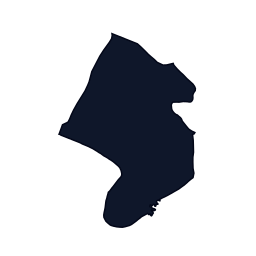 outline of Keo Oudom, Vientiane, Laos, rotated 229°
{"feature_id": "54806243B75308999712701", "entity_name": "Keo Oudom", "entity_type": "district", "adm_level": 2, "iso_a3": "LAO", "parent_name": "Laos", "parent_adm1": "Vientiane", "projection": "orthographic", "projection_center": [102.503, 18.574], "detail": "fine", "context": "isolated", "style": "filled", "palette": "ink", "viewbox_px": 256, "rotation_deg": 229, "n_neighbors": 0, "source": "geoboundaries", "source_scale": "gbopen_adm2", "svg_char_len": 3366}
<svg xmlns="http://www.w3.org/2000/svg" viewBox="0 0 256 256"><g transform="rotate(229 128 128)"><path d="M168.6,71.9L168.3,72.1L168.1,72.2L167.7,72.4L166.4,72.8L149.1,81.8L147.8,82.4L147.0,82.7L146.1,83.0L144.3,83.9L139.9,86.1L137.9,86.9L135.6,87.9L134.0,88.4L132.0,89.0L131.2,89.3L130.8,89.4L128.2,90.1L126.7,90.7L122.9,91.5L120.8,92.3L118.4,93.1L116.9,93.4L114.9,94.1L112.1,94.8L107.3,95.5L106.1,95.7L103.5,95.8L100.4,94.9L97.7,93.4L96.4,92.2L95.7,90.4L95.5,88.5L95.3,86.8L94.8,84.4L94.6,83.4L94.4,82.4L93.9,80.1L93.5,78.1L93.3,76.7L93.0,75.4L92.5,73.3L92.4,72.2L92.4,71.9L92.4,71.0L91.9,70.4L89.9,67.3L88.9,66.0L87.6,63.8L86.3,62.3L83.1,58.8L81.8,57.2L79.8,54.5L78.2,52.6L76.3,51.2L72.2,50.2L70.0,50.4L66.7,50.9L65.5,51.4L63.6,52.6L60.8,54.7L58.9,56.5L56.7,58.8L55.4,61.1L54.6,62.8L53.5,65.1L52.9,67.4L52.5,71.9L52.5,72.1L52.4,73.3L52.4,75.7L52.2,77.5L52.2,80.0L50.7,86.7L50.3,86.8L49.8,86.8L49.5,86.8L49.2,86.8L49.0,87.0L48.8,87.2L48.8,87.6L48.8,87.9L48.8,88.3L48.7,88.4L48.2,88.3L47.9,88.1L47.5,87.9L47.1,87.9L46.7,87.9L46.4,88.0L46.3,88.6L46.7,89.5L46.9,90.0L47.0,90.2L47.0,90.6L47.1,90.9L47.2,91.2L47.3,91.2L47.6,91.4L47.9,91.5L48.4,91.6L48.9,91.6L49.3,91.5L49.8,91.5L50.3,91.5L50.6,91.5L50.8,91.6L50.8,91.8L50.7,92.0L50.4,92.1L49.8,92.4L49.3,92.7L49.0,92.9L48.7,93.2L48.5,93.6L48.3,94.1L48.2,94.5L48.2,94.8L48.3,95.0L48.6,95.2L49.0,95.1L49.4,95.0L49.6,94.9L50.3,94.5L51.0,94.0L51.4,93.7L51.7,93.7L52.0,93.7L52.3,93.8L52.7,94.0L52.8,94.0L53.0,94.0L53.2,93.8L53.4,93.5L53.6,93.2L53.8,93.1L54.1,93.0L54.3,93.1L54.5,93.2L55.1,94.0L55.3,94.2L55.3,94.4L55.3,94.6L55.2,94.7L54.9,94.7L54.4,94.8L54.1,94.9L53.9,95.0L53.7,95.2L53.6,95.7L53.6,96.1L53.7,97.1L53.5,97.4L53.3,97.5L52.9,97.5L52.0,97.2L51.4,97.0L51.2,97.1L51.0,97.3L50.9,97.6L51.0,98.0L51.5,98.5L51.8,98.9L51.8,99.1L51.7,99.6L51.3,100.0L51.1,100.2L50.9,100.5L51.1,100.8L51.4,100.8L52.1,100.8L52.9,100.7L53.3,100.9L53.8,101.2L54.0,101.6L54.1,102.3L54.0,102.9L53.6,103.4L53.1,103.7L52.4,104.0L52.2,104.2L52.1,104.4L52.2,104.5L52.7,104.7L53.4,104.8L53.3,105.4L53.1,106.1L53.0,107.0L52.7,108.2L52.4,109.3L52.1,110.2L51.2,113.8L50.6,116.7L50.2,118.5L49.8,120.8L49.2,123.7L48.6,126.8L48.5,128.7L48.3,131.1L48.1,132.9L48.1,134.8L48.1,137.0L48.2,138.4L48.1,141.8L47.9,144.5L50.7,148.1L54.9,150.6L59.9,154.7L63.4,157.8L66.7,161.5L72.0,165.9L75.9,169.1L80.8,172.5L80.2,174.1L80.7,175.5L83.8,174.1L87.4,173.1L91.4,173.2L95.8,173.4L97.7,173.5L99.5,174.2L101.4,174.4L103.4,174.0L105.4,173.8L106.7,173.1L108.6,172.7L110.5,172.7L112.3,172.9L113.8,173.5L115.5,174.7L117.0,175.8L117.9,177.3L118.0,179.0L116.7,180.5L115.5,181.9L113.9,183.7L111.8,187.0L109.0,190.0L107.9,190.9L106.9,191.9L106.5,192.7L106.5,193.8L107.0,195.4L108.1,196.7L109.9,198.1L110.6,198.9L111.1,199.8L111.5,200.8L111.8,201.7L112.1,203.2L113.5,204.7L114.3,205.0L115.7,205.5L118.6,205.8L126.7,204.8L131.7,204.6L135.8,204.1L140.2,203.8L145.4,203.8L147.1,204.5L148.1,202.6L150.1,198.7L152.5,195.7L158.4,193.1L162.3,192.8L166.8,192.1L170.5,191.6L174.6,191.4L180.7,190.9L185.4,190.3L209.7,177.8L208.2,176.8L206.2,174.3L205.7,172.8L204.9,170.3L202.7,160.8L200.7,153.9L197.5,145.8L194.3,137.7L191.2,133.2L188.3,128.9L186.6,125.5L184.1,119.8L182.2,113.7L179.7,105.6L177.2,98.7L174.9,93.4L174.1,91.9L173.1,89.9L171.8,86.7L172.1,85.6L172.0,85.3L172.4,84.3L173.4,80.7L171.6,77.5L168.7,72.2L168.6,71.9Z" fill="#0f172a" stroke="#020617" stroke-width="1.5"/></g></svg>